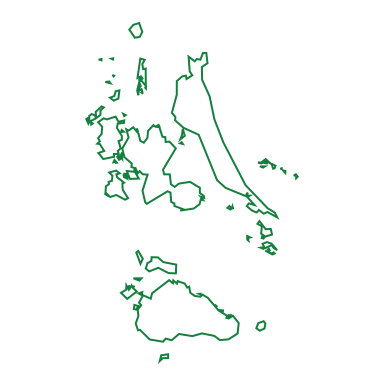 Halmahera Selatan, Maluku Utara, Indonesia
{"feature_id": "22746128B2838702785556", "entity_name": "Halmahera Selatan", "entity_type": "district", "adm_level": 2, "iso_a3": "IDN", "parent_name": "Indonesia", "parent_adm1": "Maluku Utara", "projection": "robinson", "projection_center": [127.53, -0.746], "detail": "fine", "context": "isolated", "style": "outline", "palette": "green", "viewbox_px": 384, "rotation_deg": 0, "n_neighbors": 0, "source": "geoboundaries", "source_scale": "gbopen_adm2", "svg_char_len": 6060}
<svg xmlns="http://www.w3.org/2000/svg" viewBox="0 0 384 384"><path d="M169.1,280.2L152.0,293.3L150.8,298.7L141.8,294.7L142.3,292.1L138.5,293.4L142.8,295.8L139.0,302.7L141.2,305.1L137.7,309.6L138.4,316.1L135.7,323.5L138.0,330.3L139.9,329.8L149.8,339.5L163.1,341.7L165.7,338.6L171.7,340.2L179.0,334.0L192.4,336.1L202.0,333.4L214.3,335.9L220.0,340.1L228.6,339.3L237.6,333.5L238.7,323.1L232.9,315.7L228.7,318.5L226.4,317.8L227.2,315.9L218.5,310.4L207.9,297.9L202.4,294.6L200.5,296.7L194.9,296.0L190.3,292.8L189.2,286.7L187.2,287.6L184.8,283.6L177.7,281.1L176.9,283.6L173.3,280.4L172.9,283.2L169.1,280.2ZM176.8,81.1L176.8,94.6L171.9,112.9L175.4,116.9L175.1,120.3L183.5,127.8L198.7,134.8L217.1,180.2L225.5,187.8L236.9,192.5L245.8,196.1L246.8,193.6L247.9,192.7L246.7,195.7L249.7,195.7L247.4,197.1L254.6,205.1L248.8,203.4L246.8,206.2L252.1,210.6L256.7,212.5L258.9,209.9L263.7,213.7L267.4,212.0L277.2,217.4L274.8,212.6L267.6,208.2L245.5,185.1L223.4,142.5L214.4,119.4L209.6,96.3L202.1,79.7L201.9,67.0L207.5,63.2L206.3,52.9L203.0,53.0L200.4,59.7L196.8,59.0L194.7,61.3L188.6,56.6L189.7,71.4L192.3,75.3L186.5,79.0L185.9,75.7L182.2,76.4L176.8,81.1ZM153.5,125.1L148.1,130.8L147.4,138.0L143.8,142.7L140.3,140.8L138.5,133.6L133.2,127.3L128.6,130.6L126.3,129.3L128.6,137.5L122.3,148.5L124.3,157.1L131.8,163.6L131.4,167.0L135.5,168.3L137.9,173.2L139.6,171.2L142.8,174.3L147.6,174.6L142.5,190.7L145.2,202.3L146.8,203.8L167.6,191.3L170.5,192.6L171.2,202.0L174.4,203.5L174.4,206.0L183.9,209.5L180.3,210.6L193.8,208.5L199.5,204.3L200.8,199.5L203.1,200.1L200.7,196.7L204.2,198.0L203.8,195.9L199.8,192.9L199.9,187.8L190.0,181.9L178.9,183.6L174.7,186.9L170.9,184.2L169.8,174.4L164.2,174.3L163.0,169.7L175.8,148.4L169.5,141.7L165.6,141.9L165.3,137.1L162.5,136.8L159.3,127.1L155.5,126.8L153.5,125.1ZM115.6,116.6L106.9,119.4L103.6,118.3L98.1,122.2L102.2,126.8L101.6,134.0L98.1,138.1L99.9,141.3L97.3,143.7L99.9,144.1L104.2,151.0L98.4,153.0L103.3,159.0L114.0,156.8L113.9,154.0L118.7,153.8L117.8,150.9L120.6,148.4L118.6,141.0L121.8,139.8L121.9,136.0L116.9,127.9L117.8,123.6L123.9,122.9L124.2,120.4L118.5,121.8L115.6,116.6ZM116.1,170.6L109.2,172.5L112.4,175.7L111.9,180.9L108.6,181.8L109.0,184.0L105.9,186.4L105.5,192.5L110.2,197.0L116.3,195.0L125.1,199.7L128.1,198.2L122.7,189.8L122.4,183.4L124.1,182.7L117.2,177.3L116.4,174.4L119.7,173.3L116.1,170.6ZM157.9,257.4L151.6,257.2L151.4,261.0L147.4,263.2L145.8,268.6L149.2,271.4L158.3,267.8L168.6,273.1L175.9,273.4L176.2,264.6L163.3,262.1L157.9,257.4ZM139.1,23.0L133.3,24.9L129.3,29.6L134.9,37.7L139.8,36.9L142.3,31.9L139.1,23.0ZM144.7,59.8L140.3,58.6L137.5,78.0L141.0,76.3L142.5,78.4L141.2,80.4L145.8,85.8L145.7,68.6L143.2,69.2L142.3,64.1L144.7,59.8ZM131.6,285.4L130.0,288.3L129.1,285.4L128.4,289.1L126.4,285.4L126.2,289.7L121.0,292.8L127.2,298.9L136.8,291.5L133.0,288.1L134.4,285.8L132.5,287.3L131.6,285.4ZM259.4,221.1L257.5,223.8L261.9,226.4L261.1,233.6L265.2,236.6L272.0,234.6L270.8,228.9L265.7,229.2L259.4,221.1ZM135.0,171.9L126.8,171.0L129.9,178.9L138.8,178.6L135.0,171.9ZM263.6,321.2L258.3,323.1L256.3,328.2L259.7,330.7L264.5,328.5L265.4,323.5L263.6,321.2ZM119.4,90.4L115.6,91.3L114.3,96.1L110.0,97.7L113.7,100.6L118.4,98.6L119.4,90.4ZM142.8,258.8L138.3,251.0L136.3,252.5L140.5,263.8L142.8,258.8ZM266.9,242.1L262.6,243.8L264.7,248.3L271.7,245.1L273.7,248.1L277.2,250.1L271.5,243.6L266.9,242.1ZM101.6,106.4L95.7,111.9L96.1,118.1L100.4,115.0L100.5,110.5L103.8,107.4L101.6,106.4ZM91.7,114.0L89.3,115.9L89.3,121.0L87.7,118.1L86.3,119.1L88.4,123.7L89.4,121.7L95.8,118.5L95.2,115.5L91.7,114.0ZM168.1,354.2L161.2,355.3L159.8,361.0L162.8,358.1L168.2,358.1L168.1,354.2ZM139.2,82.2L137.2,90.4L138.3,95.3L139.0,88.0L140.8,86.1L139.2,82.2ZM271.0,163.9L265.6,159.1L261.5,162.3L267.8,163.7L264.0,162.0L265.7,160.6L271.0,163.9ZM182.8,128.9L182.0,135.2L180.3,139.4L184.8,135.8L182.8,128.9ZM138.2,306.0L134.4,304.9L133.9,309.1L136.3,309.6L138.2,306.0ZM141.5,278.3L133.5,278.3L139.3,280.6L141.5,278.3ZM121.8,153.3L120.0,156.6L122.2,159.1L121.9,155.1L123.5,154.7L121.8,153.3ZM127.3,173.8L124.7,173.8L127.9,178.8L126.5,175.7L127.3,173.8ZM229.5,206.0L227.4,207.9L230.6,209.5L231.6,208.2L229.5,206.0ZM271.7,163.9L273.1,168.7L274.5,168.4L275.5,165.7L271.7,163.9ZM262.4,235.7L261.7,238.0L263.5,238.6L264.8,237.0L262.4,235.7ZM250.3,237.4L247.2,236.0L247.3,239.7L248.5,240.7L248.1,238.0L250.3,237.4ZM295.8,174.3L293.7,175.7L296.0,175.2L296.2,178.2L297.7,176.7L295.8,174.3ZM101.5,59.0L98.7,59.6L101.5,60.3L101.5,59.0ZM126.7,178.4L124.8,175.0L123.7,175.1L123.9,177.0L126.7,178.4ZM285.4,171.0L283.0,170.4L285.3,172.9L285.4,171.0ZM270.7,253.0L265.1,250.6L270.9,253.6L270.7,253.0ZM158.6,124.9L156.3,126.2L159.3,126.3L158.6,124.9ZM118.4,155.3L117.2,156.9L119.1,159.8L120.0,159.2L118.4,155.3ZM116.9,162.7L114.5,160.0L113.5,162.2L114.6,161.9L115.6,162.9L116.9,162.7ZM141.5,89.1L139.5,89.9L142.0,90.6L141.5,89.1ZM264.9,166.4L260.8,166.4L260.7,166.6L263.1,167.6L264.9,166.4ZM123.8,131.7L121.8,130.0L121.0,132.0L123.8,131.7ZM109.1,81.5L105.4,82.0L110.5,83.3L109.1,81.5ZM270.1,251.2L268.8,248.8L268.0,249.4L270.1,251.2ZM230.5,315.1L228.5,315.2L228.0,316.7L229.4,317.6L230.5,315.1ZM263.0,247.4L260.6,247.7L262.9,248.7L263.0,247.4ZM137.8,131.0L136.8,128.3L137.5,131.0L137.8,131.0ZM92.8,123.5L91.0,122.1L91.2,124.5L92.8,123.5ZM181.7,142.2L180.1,143.3L182.9,144.0L181.7,142.2ZM274.7,253.4L273.6,252.4L271.3,253.9L272.3,254.5L274.7,253.4ZM125.7,115.1L123.3,113.9L124.2,116.1L125.7,115.1ZM216.6,306.1L214.8,304.7L215.9,306.6L216.6,306.1ZM262.3,163.0L258.9,162.4L258.9,163.0L261.4,163.4L262.3,163.0ZM140.5,78.2L139.1,79.9L139.7,81.3L140.6,80.7L140.5,78.2ZM114.2,75.7L112.4,75.0L113.7,76.4L114.2,75.7ZM105.5,192.9L105.2,194.0L109.0,196.6L105.5,192.9ZM113.1,58.3L111.3,58.7L112.9,59.5L113.1,58.3ZM223.0,310.4L221.0,310.2L222.8,311.6L223.0,310.4ZM135.3,171.0L135.3,168.9L134.3,169.9L135.3,171.0ZM199.2,293.9L200.5,294.4L200.5,293.7L199.2,293.9ZM233.0,208.2L232.5,206.5L232.0,208.6L233.0,208.2ZM281.8,168.3L280.1,168.7L281.8,168.9L281.8,168.3ZM142.9,93.8L142.0,92.0L141.4,92.5L142.9,93.8ZM145.9,88.5L146.1,85.7L145.2,87.7L145.9,88.5Z" fill="none" stroke="#15803d" stroke-width="2"/></svg>